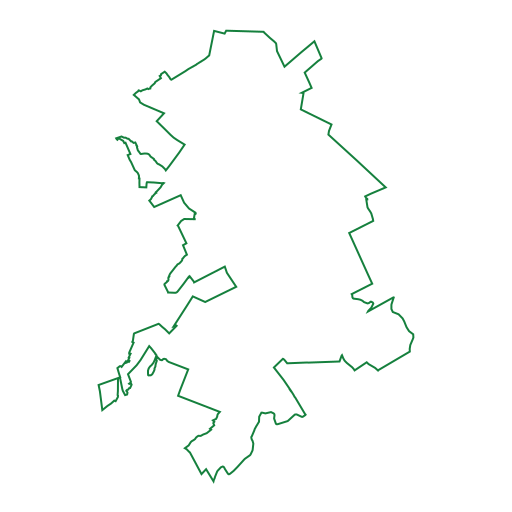 outline of Crucea, Constanta, Romania
{"feature_id": "2599482B22418469262787", "entity_name": "Crucea", "entity_type": "district", "adm_level": 2, "iso_a3": "ROU", "parent_name": "Romania", "parent_adm1": "Constanta", "projection": "mercator", "projection_center": [28.187, 44.537], "detail": "fine", "context": "isolated", "style": "outline", "palette": "green", "viewbox_px": 512, "rotation_deg": 0, "n_neighbors": 0, "source": "geoboundaries", "source_scale": "gbopen_adm2", "svg_char_len": 6029}
<svg xmlns="http://www.w3.org/2000/svg" viewBox="0 0 512 512"><path d="M102.3,410.1L107.5,405.9L111.1,403.5L114.3,400.6L115.6,401.2L117.9,397.0L118.0,395.6L117.6,395.1L117.9,391.1L118.0,378.3L120.0,377.7L122.3,389.0L122.8,390.8L125.0,394.9L125.1,395.1L127.1,394.5L127.5,392.7L127.1,391.8L126.6,391.3L126.3,390.8L126.6,390.3L127.2,389.8L128.2,389.6L129.1,388.2L130.1,388.0L131.6,384.7L131.1,383.6L129.3,383.9L129.1,383.7L130.3,382.9L130.9,381.8L128.0,374.2L136.6,365.3L140.5,360.1L149.2,346.1L151.2,348.3L155.4,353.7L155.3,353.9L156.5,355.3L154.7,360.1L153.5,362.7L151.6,365.1L150.0,366.5L148.7,368.4L148.0,370.6L148.0,373.4L148.1,375.0L148.5,375.4L150.8,375.3L152.2,374.3L153.7,371.6L154.5,369.7L154.5,368.4L155.4,366.5L155.5,365.2L155.9,363.4L156.8,360.8L156.1,359.6L157.4,357.1L160.1,359.8L161.6,360.2L162.2,360.1L163.3,359.0L164.2,358.8L165.9,359.2L166.6,360.0L167.0,360.7L168.6,361.9L188.2,369.4L180.2,389.9L178.1,395.8L219.8,411.9L217.9,414.0L217.4,415.1L217.2,416.6L216.1,418.9L212.9,420.4L214.3,421.8L213.3,423.1L214.2,425.3L210.0,428.8L211.1,429.7L206.7,433.2L203.2,434.5L200.7,435.9L198.4,435.8L197.3,436.5L196.0,437.6L195.2,438.9L194.1,439.8L191.6,441.3L190.7,442.2L188.7,445.4L184.9,448.2L186.7,449.3L189.2,451.9L189.9,452.4L201.5,474.1L206.1,469.2L213.5,481.3L213.9,479.7L214.5,478.6L215.1,476.6L217.2,471.4L217.9,470.5L220.9,467.3L222.8,466.5L223.5,466.8L224.1,467.4L224.9,469.0L228.0,473.8L228.9,474.3L230.0,473.8L233.6,470.9L237.5,466.9L244.1,459.6L244.9,458.8L250.0,455.2L250.5,454.6L252.5,450.5L252.7,449.4L253.3,443.9L253.3,443.5L252.5,440.7L251.9,439.8L251.6,439.0L251.3,437.5L251.4,436.8L251.8,436.3L254.4,430.2L254.6,429.3L256.4,426.0L257.0,425.1L258.7,422.2L259.0,421.8L259.2,416.7L261.4,412.7L262.4,412.7L265.4,413.4L271.0,412.1L273.5,413.3L274.2,413.9L274.4,414.4L274.5,415.3L274.1,418.5L275.9,423.7L276.5,424.2L277.7,424.2L287.3,421.2L287.8,421.0L294.8,414.6L296.1,414.4L296.8,414.5L301.7,416.8L302.3,416.9L302.9,416.7L305.4,415.0L305.6,414.6L305.0,414.0L295.2,397.5L294.6,396.9L293.5,394.8L291.3,391.3L291.0,391.3L290.2,390.1L290.5,390.1L283.5,379.8L273.9,367.5L282.9,358.8L283.4,359.0L284.5,360.0L287.2,363.3L307.1,362.5L308.5,362.6L339.5,361.5L341.6,355.7L342.0,355.2L343.2,358.2L344.5,360.5L345.4,361.5L346.9,363.0L352.2,367.3L353.7,369.0L354.6,370.4L366.7,362.3L368.6,364.1L375.1,367.9L378.0,370.5L378.2,370.2L409.8,351.6L409.7,348.9L410.3,345.0L412.7,339.4L413.4,337.5L413.2,334.3L409.1,331.2L407.8,329.2L406.5,327.1L404.2,321.4L402.6,318.4L398.6,314.3L392.8,312.0L391.4,309.0L391.4,305.1L391.5,304.3L393.7,297.5L393.4,297.4L368.0,311.5L368.3,310.9L371.3,307.7L373.3,303.7L373.0,302.9L372.5,302.3L371.6,302.0L371.1,301.7L370.7,301.7L368.8,303.1L367.5,303.4L364.0,302.1L362.5,300.8L360.3,299.7L358.1,299.2L353.5,298.6L352.9,298.2L352.4,297.2L352.2,294.9L351.7,294.1L372.2,283.7L367.6,273.7L349.2,233.0L373.2,220.9L372.9,219.0L371.3,213.5L370.4,211.9L368.0,208.3L367.5,207.3L366.3,199.8L367.3,199.5L367.2,198.8L366.5,198.8L365.2,196.4L370.9,193.7L385.7,187.4L356.5,160.2L328.4,134.6L329.0,130.9L331.5,124.5L300.8,109.4L303.5,93.3L303.2,93.0L301.8,92.8L311.6,87.9L309.3,82.6L304.7,72.6L317.8,61.2L321.4,58.7L321.6,58.4L321.5,58.0L314.4,41.3L301.2,52.3L284.5,66.7L277.0,51.1L276.2,44.0L275.9,43.2L274.1,41.4L269.9,37.9L264.2,32.6L263.6,31.8L226.2,30.7L224.6,33.6L214.1,30.9L209.2,55.4L205.5,58.6L204.1,59.6L197.0,64.0L196.2,64.7L188.5,69.0L185.3,71.2L171.4,79.7L170.9,79.5L170.4,79.0L169.2,77.0L167.4,74.8L166.5,73.4L164.7,71.7L161.1,74.1L160.9,75.3L159.7,76.0L160.9,78.2L155.6,81.8L155.0,82.4L154.8,83.2L151.9,85.7L150.5,87.2L150.3,88.5L149.5,88.6L148.3,89.1L147.3,88.5L147.1,88.6L145.5,89.4L142.4,90.3L140.8,91.3L139.1,90.5L138.6,90.4L138.1,91.3L136.0,92.8L133.8,94.9L139.0,99.4L140.1,102.4L144.0,104.8L164.0,113.3L156.7,121.2L164.4,128.7L170.6,134.9L173.6,137.6L177.1,140.0L184.6,144.6L179.1,152.7L169.2,166.1L165.8,170.4L165.0,169.1L162.3,166.4L158.8,164.2L158.4,164.2L157.8,163.8L157.1,163.3L155.5,161.0L153.9,159.6L153.9,158.9L150.6,156.6L149.3,154.7L148.3,154.0L147.0,153.6L144.5,153.5L141.0,154.0L140.5,153.9L138.5,151.1L138.4,151.1L138.2,150.7L137.8,150.1L137.6,149.7L137.5,148.9L137.1,147.9L137.0,147.4L137.2,146.5L136.7,145.9L136.9,145.8L135.3,142.5L133.6,142.9L131.7,141.3L131.1,141.4L128.6,138.8L127.4,138.7L125.7,137.7L124.0,137.7L121.5,136.5L116.2,138.3L116.7,139.2L117.4,139.8L118.2,138.8L118.8,138.4L119.1,138.5L123.2,140.9L124.3,143.1L125.5,142.7L130.4,154.0L127.7,155.1L129.7,159.8L131.1,162.1L134.8,170.2L137.1,172.2L137.9,173.2L138.9,175.5L139.0,176.4L138.9,178.4L139.5,178.5L139.4,182.6L139.5,187.1L146.3,187.4L146.6,183.5L146.8,182.6L147.0,182.2L153.9,182.5L161.7,183.2L163.5,183.0L163.8,183.1L162.1,184.7L160.6,187.3L156.5,191.7L155.8,192.2L155.7,192.4L156.1,192.9L155.3,193.3L154.9,193.9L154.1,194.6L153.0,196.0L152.2,196.4L152.2,196.7L150.9,199.2L149.3,200.6L154.2,207.0L180.7,195.2L184.1,202.7L189.0,208.5L195.2,212.5L194.9,212.9L195.6,213.4L195.7,213.7L195.4,214.0L194.6,214.4L194.0,217.9L194.7,218.8L194.7,219.2L184.2,219.0L181.1,221.0L177.7,225.5L178.0,225.7L186.4,243.3L183.0,245.2L186.9,254.7L184.9,256.0L183.8,257.2L183.0,258.3L182.4,258.7L182.1,260.3L181.4,261.3L179.4,263.4L177.5,264.4L176.6,265.7L175.6,266.7L170.5,273.2L169.9,274.1L168.8,276.7L169.1,276.8L168.3,278.0L168.5,279.6L168.2,280.6L167.8,281.1L167.0,281.3L166.9,282.0L164.6,283.9L164.4,284.5L164.5,285.0L168.1,292.2L168.1,292.5L175.3,292.8L176.4,292.5L177.0,292.1L177.7,291.4L183.4,284.1L188.6,277.0L188.9,277.4L189.7,276.3L193.9,281.7L194.1,282.4L224.8,266.6L226.9,272.8L236.2,286.8L205.2,302.0L192.8,296.4L187.0,305.6L173.7,326.3L176.1,325.4L176.6,325.8L169.2,333.4L165.1,329.3L162.2,326.9L159.4,324.3L158.6,323.8L134.2,333.4L133.9,333.9L132.9,340.7L132.3,341.9L133.6,342.6L129.3,352.4L129.5,352.6L129.2,353.6L130.5,353.8L128.7,357.6L129.3,357.9L128.3,359.9L129.5,360.9L128.9,361.9L127.5,361.4L126.9,362.5L126.3,362.7L126.6,361.7L126.0,361.2L121.6,366.9L120.8,366.2L119.8,366.2L117.4,368.1L118.8,372.9L120.2,377.3L98.6,385.0L99.9,391.3L102.3,410.1Z" fill="none" stroke="#15803d" stroke-width="2"/></svg>